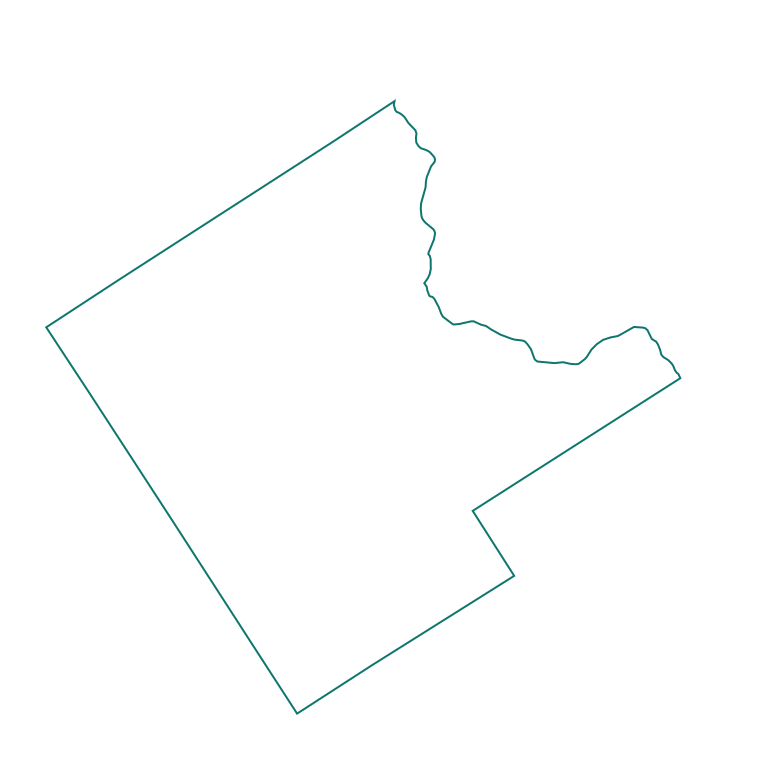 the district of Polk, Wisconsin, United States of America, rotated 147°
{"feature_id": "52423323B37723484890273", "entity_name": "Polk", "entity_type": "district", "adm_level": 2, "iso_a3": "USA", "parent_name": "United States of America", "parent_adm1": "Wisconsin", "projection": "equal_earth", "projection_center": [-92.71, 45.469], "detail": "fine", "context": "isolated", "style": "outline", "palette": "teal", "viewbox_px": 768, "rotation_deg": 147, "n_neighbors": 0, "source": "geoboundaries", "source_scale": "gbopen_adm2", "svg_char_len": 1522}
<svg xmlns="http://www.w3.org/2000/svg" viewBox="0 0 768 768"><g transform="rotate(147 384 384)"><path d="M229.7,538.3L226.0,540.9L220.6,542.7L219.0,544.4L218.4,546.2L218.4,548.1L219.3,553.6L221.1,557.1L224.8,561.8L225.5,565.1L225.4,568.9L223.0,573.3L220.4,576.3L219.5,579.7L221.4,589.8L221.4,596.8L222.6,600.9L223.9,603.6L225.1,605.2L225.4,607.4L223.8,612.7L221.1,615.5L294.6,615.0L548.4,615.8L636.4,615.5L636.0,539.2L635.9,385.1L636.3,231.4L636.4,154.9L547.3,154.7L379.3,152.2L378.7,229.3L132.3,227.5L131.7,232.1L132.4,234.1L132.5,237.1L131.6,241.5L131.6,244.6L132.6,249.2L135.1,254.6L135.4,257.7L133.8,262.4L132.7,268.0L132.7,271.4L134.9,275.9L133.7,285.7L134.6,288.7L136.4,290.5L143.3,295.7L160.2,296.7L162.1,297.0L168.7,299.7L176.2,301.7L183.9,301.5L191.2,299.9L199.0,296.3L202.0,295.5L208.8,294.9L210.5,295.1L212.7,296.3L216.6,299.3L221.9,304.7L229.7,308.7L243.1,319.3L244.0,321.6L244.1,323.2L241.8,333.1L242.0,339.2L242.7,343.1L244.3,345.1L250.2,350.0L252.9,353.1L259.6,362.2L264.4,371.3L266.9,377.2L270.2,380.7L274.7,387.8L276.8,389.1L287.9,393.2L293.1,395.9L293.7,396.6L297.9,408.1L297.8,411.4L296.2,418.8L295.4,428.2L295.9,430.6L297.7,432.5L297.9,433.5L296.8,438.6L295.2,442.3L295.3,446.6L289.7,448.8L285.9,451.2L282.1,455.0L278.6,460.6L277.0,463.0L275.8,466.5L276.1,468.8L275.5,469.6L263.5,477.9L259.2,482.4L258.5,484.3L258.3,486.7L261.4,496.7L261.8,499.4L261.8,502.1L261.1,504.5L257.8,510.9L254.2,515.6L242.0,526.3L238.6,530.9L235.5,534.2L229.7,538.3Z" fill="none" stroke="#0f766e" stroke-width="2"/></g></svg>